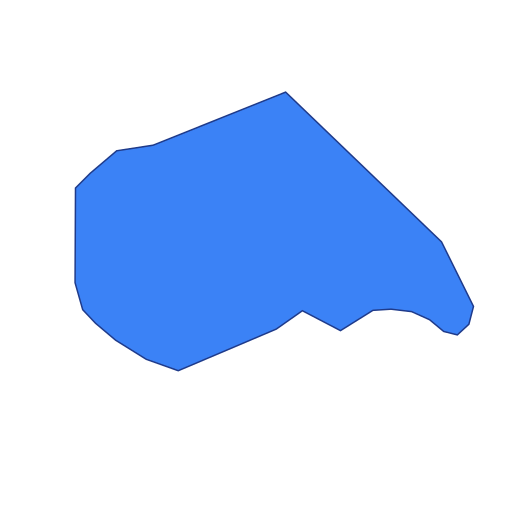 SVG path tracing the border of Štore, rotated 247°
{"feature_id": "SVN-997", "entity_name": "Štore", "entity_type": "Municipality", "adm_level": 1, "iso_a3": "SVN", "parent_name": "Slovenia", "parent_adm1": "", "projection": "albers", "projection_center": [15.32, 46.198], "detail": "fine", "context": "isolated", "style": "filled", "palette": "blue", "viewbox_px": 512, "rotation_deg": 247, "n_neighbors": 0, "source": "natural_earth", "source_scale": "10m", "svg_char_len": 454}
<svg xmlns="http://www.w3.org/2000/svg" viewBox="0 0 512 512"><g transform="rotate(247 256 256)"><path d="M274.3,75.5L302.1,79.0L389.1,116.4L397.0,135.9L407.3,168.9L398.2,204.6L395.3,347.3L196.5,432.3L124.6,436.5L110.0,425.3L104.7,410.5L113.2,399.3L129.5,390.9L144.0,377.5L154.3,359.5L160.3,342.4L154.3,304.6L187.5,277.3L180.8,246.1L180.8,139.6L203.8,114.6L233.3,93.9L256.8,82.0L274.3,75.5Z" fill="#3b82f6" stroke="#1e3a8a" stroke-width="1.5"/></g></svg>